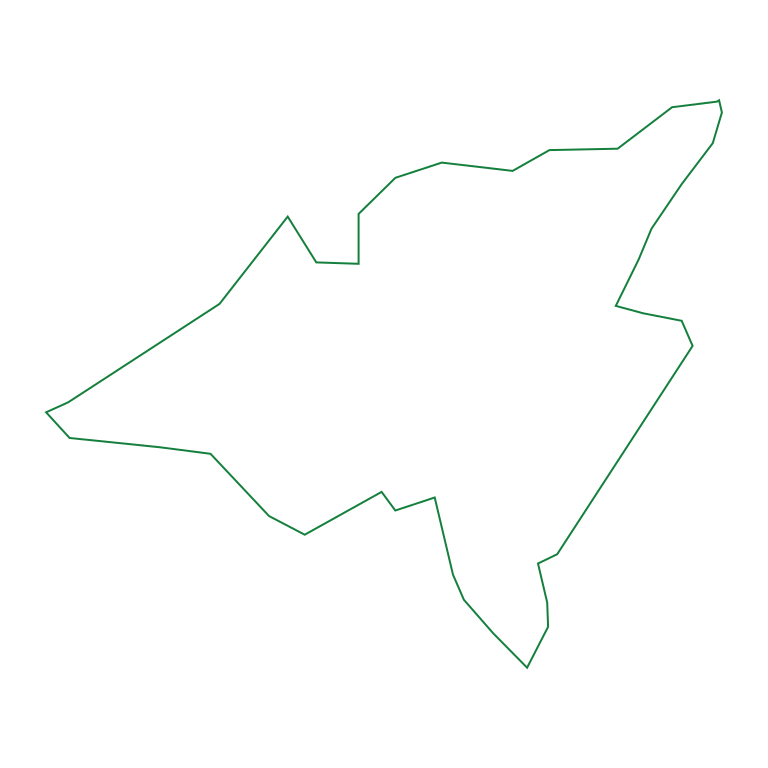 Chrysochou, Paphos, Cyprus (Natural Earth projection)
{"feature_id": "46923920B43074959390545", "entity_name": "Chrysochou", "entity_type": "district", "adm_level": 2, "iso_a3": "CYP", "parent_name": "Cyprus", "parent_adm1": "Paphos", "projection": "natural_earth1", "projection_center": [32.444, 35.0], "detail": "fine", "context": "isolated", "style": "outline", "palette": "green", "viewbox_px": 768, "rotation_deg": 0, "n_neighbors": 0, "source": "geoboundaries", "source_scale": "gbopen_adm2", "svg_char_len": 627}
<svg xmlns="http://www.w3.org/2000/svg" viewBox="0 0 768 768"><path d="M46.1,412.3L69.6,438.0L160.2,447.3L210.5,453.8L269.1,516.1L304.7,534.7L381.6,491.9L395.3,510.5L434.7,497.5L453.0,574.7L463.9,599.8L493.2,633.3L527.1,667.7L548.1,626.8L547.2,602.6L538.0,563.5L557.2,554.2L692.6,345.9L681.7,320.8L643.2,313.3L615.8,305.9L638.7,259.4L651.5,228.7L681.7,184.1L712.8,143.1L721.9,112.5L719.1,100.3L717.1,101.6L672.1,107.2L617.6,148.7L549.4,150.1L512.6,170.9L441.7,162.6L395.4,177.8L358.6,213.9L358.6,263.8L316.3,262.4L287.7,216.6L219.5,303.9L121.4,367.7L68.2,402.3L46.1,412.3Z" fill="none" stroke="#15803d" stroke-width="2"/></svg>